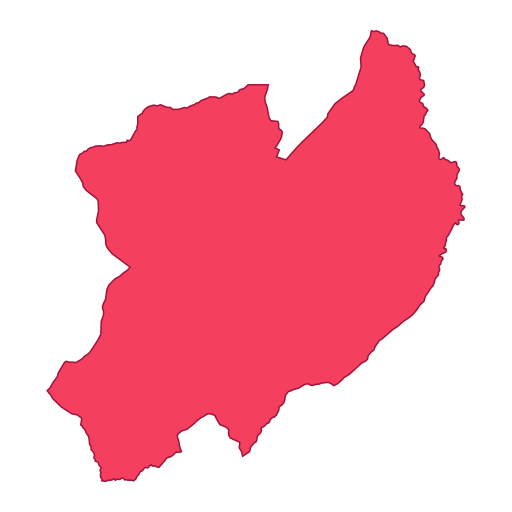 Macanal, Boyacá, Colombia (Mercator projection)
{"feature_id": "7082276B95267343444415", "entity_name": "Macanal", "entity_type": "district", "adm_level": 2, "iso_a3": "COL", "parent_name": "Colombia", "parent_adm1": "Boyacá", "projection": "mercator", "projection_center": [-73.296, 4.981], "detail": "fine", "context": "isolated", "style": "filled", "palette": "rose", "viewbox_px": 512, "rotation_deg": 0, "n_neighbors": 0, "source": "geoboundaries", "source_scale": "gbopen_adm2", "svg_char_len": 5985}
<svg xmlns="http://www.w3.org/2000/svg" viewBox="0 0 512 512"><path d="M242.6,456.2L249.1,452.0L249.8,450.9L250.7,447.1L254.1,443.0L255.9,442.0L256.6,440.8L257.3,436.4L258.0,435.3L259.9,433.7L261.1,431.9L261.5,430.1L261.1,428.8L261.6,427.7L265.0,425.6L267.0,423.4L268.6,423.0L269.5,421.9L270.1,420.0L270.8,419.0L272.9,417.2L274.2,417.2L276.5,414.9L278.7,410.4L279.2,406.9L280.3,405.9L281.6,405.4L283.9,402.5L285.0,399.1L285.0,397.4L285.6,395.5L286.0,394.4L288.1,392.0L289.0,391.2L290.7,391.0L293.0,389.7L298.7,388.1L303.9,384.9L306.3,383.9L308.7,384.0L310.4,385.1L312.2,385.5L316.2,384.3L319.1,384.1L322.0,383.0L328.2,382.4L330.9,383.5L333.8,385.7L337.6,383.7L342.1,379.8L343.8,377.7L349.5,374.2L361.7,363.0L365.6,361.1L367.5,359.3L368.1,355.9L370.6,352.6L373.8,350.0L375.0,347.1L376.5,344.5L378.0,342.8L378.8,340.9L381.8,339.1L393.0,329.4L397.8,326.3L403.2,321.5L410.0,316.9L412.4,314.9L416.1,310.8L420.1,304.9L424.1,301.1L425.4,296.3L430.7,288.4L432.7,286.1L433.9,283.5L435.3,278.7L438.5,274.9L438.5,272.3L439.2,271.3L439.7,269.1L438.9,267.2L439.0,265.7L440.8,263.9L441.0,261.7L443.1,258.8L442.2,257.1L439.3,256.2L439.2,255.7L441.9,253.8L445.8,252.1L446.2,250.8L446.1,249.2L445.6,248.7L444.0,248.4L443.7,247.9L445.3,245.5L445.8,241.9L446.4,240.9L446.5,237.4L448.3,235.4L452.2,228.1L453.2,225.4L454.7,223.5L455.6,223.0L456.9,224.6L458.0,224.6L458.9,223.7L458.7,220.8L459.3,219.7L462.7,220.3L463.9,220.0L464.1,219.6L463.9,218.1L461.7,215.2L460.8,213.1L461.6,210.6L464.7,207.3L464.8,206.2L463.8,205.7L460.6,205.6L460.1,205.3L460.1,204.7L461.9,200.2L462.1,199.0L461.5,196.9L462.6,194.4L462.6,193.8L461.7,192.9L460.3,189.6L460.0,186.8L458.9,185.7L456.8,185.8L456.1,185.5L455.4,185.0L454.6,183.3L455.0,181.5L456.9,178.5L456.9,175.2L457.3,174.0L459.2,170.6L459.2,168.9L456.6,165.5L456.8,163.4L456.5,162.7L455.7,161.6L454.2,161.7L451.8,162.7L451.0,162.5L449.7,161.8L447.9,160.3L445.0,159.4L444.0,157.7L443.5,157.6L441.5,159.2L440.3,159.4L439.1,158.9L438.7,157.1L439.4,155.3L439.4,153.2L438.2,149.3L436.8,147.2L436.1,144.3L431.7,139.5L430.4,136.7L429.8,133.8L425.1,128.8L423.3,128.2L421.0,128.2L420.0,127.5L419.9,126.5L422.4,123.9L423.3,122.0L424.0,116.3L425.7,114.2L426.3,112.4L427.9,110.2L426.6,108.4L423.7,106.5L422.6,103.4L419.8,102.0L419.3,100.8L421.3,97.2L423.7,95.6L424.3,94.8L423.9,93.8L421.1,91.3L420.7,90.0L420.9,89.4L423.4,87.6L424.4,86.1L424.5,85.0L423.7,80.5L420.8,79.9L420.0,79.5L419.5,78.7L419.5,77.9L420.4,75.1L419.8,72.4L418.1,69.3L418.8,67.6L418.0,66.7L416.7,66.7L416.1,66.3L413.1,60.9L414.3,59.2L414.5,57.3L415.2,56.1L415.0,55.1L411.5,53.1L410.2,49.4L406.5,46.4L403.0,45.8L400.3,46.9L397.7,45.3L392.9,45.5L389.4,44.8L388.6,44.3L388.2,43.5L387.2,38.4L383.9,33.7L383.2,33.2L381.1,33.2L379.4,32.0L377.1,31.0L376.3,30.9L373.8,31.5L371.6,30.7L371.1,31.6L370.4,35.9L369.7,37.7L364.4,45.9L363.4,48.1L360.5,58.0L361.1,67.0L355.6,84.9L354.2,87.1L353.7,89.4L353.1,90.5L341.3,98.7L335.0,103.7L328.0,113.5L327.2,117.3L326.1,118.6L321.9,123.1L302.9,141.3L297.1,147.2L286.0,159.8L276.6,157.0L279.3,150.0L275.0,147.9L276.6,146.0L280.7,139.1L281.6,136.5L282.3,132.1L281.6,130.7L278.8,128.5L278.6,123.2L277.8,121.4L270.9,120.7L269.2,118.0L267.1,107.4L265.2,101.8L264.8,98.0L265.0,96.3L267.5,89.1L268.2,84.8L248.0,84.8L245.8,87.1L243.7,88.6L239.9,89.7L238.9,90.7L238.8,91.5L236.8,92.5L234.3,92.9L232.2,94.1L229.9,93.5L228.6,93.6L226.4,94.4L219.7,98.3L218.6,98.2L216.0,97.0L209.6,96.9L207.4,98.2L201.4,100.4L198.3,102.9L196.8,102.9L194.5,104.5L189.9,106.2L186.9,108.2L184.5,107.5L178.7,109.3L172.8,109.4L170.5,107.5L166.5,107.2L160.4,104.7L157.5,106.0L153.7,105.1L148.0,106.8L145.3,108.9L143.5,110.8L142.3,113.1L137.8,116.5L137.7,124.2L136.9,126.9L137.1,129.7L135.7,130.7L130.6,139.9L129.1,140.7L127.3,140.2L126.3,142.4L123.9,142.3L120.7,142.7L119.4,143.3L117.1,142.7L111.2,144.7L107.1,144.9L104.4,146.1L103.4,146.3L101.0,145.8L96.1,146.0L94.4,146.5L92.8,147.4L90.9,147.5L88.1,149.1L86.5,151.1L84.3,151.3L81.8,153.7L80.0,154.2L79.1,155.4L77.1,160.5L75.4,171.0L80.4,178.7L82.7,183.1L83.3,186.6L86.2,190.4L97.0,198.8L98.2,201.5L98.5,211.0L96.6,220.0L96.7,222.7L104.9,235.3L105.7,240.5L105.7,243.2L106.5,246.4L108.3,249.2L112.2,253.8L130.1,267.1L127.6,270.0L122.4,273.7L119.6,276.4L115.9,278.3L114.2,279.6L109.0,284.9L106.9,289.6L105.5,299.4L103.8,302.7L102.5,306.5L102.5,307.8L103.7,312.1L103.1,316.6L101.2,321.3L100.9,334.0L98.3,339.3L91.1,350.6L88.5,353.6L84.2,356.5L81.9,359.1L76.2,362.3L75.2,362.6L72.8,362.1L69.4,362.2L66.0,361.3L64.5,362.4L58.8,372.0L57.9,374.1L57.4,376.6L53.2,382.2L50.0,387.9L47.2,390.6L49.0,393.2L50.1,393.9L52.1,397.6L53.5,399.4L61.6,407.2L71.8,413.8L77.2,414.9L81.5,418.0L81.6,419.5L80.7,425.0L82.1,425.9L83.3,428.2L84.3,428.9L85.8,431.4L85.8,432.2L88.4,436.1L89.0,438.2L89.6,444.4L91.0,446.3L91.2,449.8L92.8,451.2L94.3,454.2L94.4,455.8L94.0,456.7L94.0,458.2L95.3,459.7L95.3,461.2L98.1,462.0L99.2,465.6L99.8,465.9L101.1,467.7L101.2,468.1L100.2,469.7L100.1,470.7L101.0,472.7L100.4,474.6L100.6,477.3L101.8,478.6L102.1,479.6L101.7,480.7L104.5,481.3L106.1,481.2L108.4,480.2L109.3,480.5L109.9,480.2L111.8,480.0L112.9,479.5L113.4,478.8L114.3,478.8L115.0,480.1L115.4,480.2L116.9,479.3L119.8,479.5L121.8,478.2L123.3,478.1L124.6,479.9L125.9,479.7L128.2,480.3L129.2,479.9L129.6,480.3L131.7,480.2L133.5,480.9L135.7,479.2L137.3,475.9L138.4,475.0L140.1,471.8L142.4,470.7L144.6,467.8L145.5,467.3L147.1,468.0L148.0,467.7L148.9,466.8L149.2,465.8L150.5,465.5L151.4,464.8L152.6,466.1L154.9,466.0L157.1,467.0L159.0,467.3L164.6,460.9L166.6,458.0L168.0,457.7L169.0,456.9L169.8,457.1L170.6,456.8L172.7,455.4L175.1,453.0L176.5,452.2L180.1,452.2L181.0,452.0L181.4,451.4L179.5,446.1L178.6,440.5L177.5,437.2L177.2,435.4L179.0,433.0L181.6,431.2L183.6,430.2L186.9,429.4L193.1,424.5L197.5,420.3L201.4,417.5L205.3,415.4L206.6,414.3L208.6,413.8L210.7,413.8L214.6,415.3L218.2,421.9L220.1,424.8L225.5,426.8L227.3,428.1L228.9,430.3L228.5,432.7L229.0,435.7L230.4,438.1L239.5,442.2L239.9,442.7L239.3,446.5L239.4,448.2L241.4,451.4L242.6,456.2Z" fill="#f43f5e" stroke="#9f1239" stroke-width="1.5"/></svg>